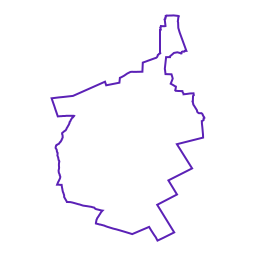 Corod, Galati, Romania
{"feature_id": "2599482B26209391371274", "entity_name": "Corod", "entity_type": "district", "adm_level": 2, "iso_a3": "ROU", "parent_name": "Romania", "parent_adm1": "Galati", "projection": "equal_earth", "projection_center": [27.618, 45.942], "detail": "fine", "context": "isolated", "style": "outline", "palette": "violet", "viewbox_px": 256, "rotation_deg": 0, "n_neighbors": 0, "source": "geoboundaries", "source_scale": "gbopen_adm2", "svg_char_len": 5360}
<svg xmlns="http://www.w3.org/2000/svg" viewBox="0 0 256 256"><path d="M203.1,137.6L203.0,134.7L202.4,127.9L201.9,123.3L201.9,122.4L201.8,121.1L202.4,120.9L202.6,120.8L202.8,120.5L203.4,120.2L203.6,120.0L203.7,119.9L203.7,119.5L203.6,118.3L203.8,118.2L204.1,118.1L204.4,117.9L204.3,117.5L204.0,117.0L203.1,115.7L202.8,115.1L202.8,114.8L202.3,113.9L201.5,113.2L199.7,113.2L198.9,113.2L198.0,112.6L197.6,112.3L197.3,111.9L197.1,111.3L196.9,110.2L193.7,105.1L193.3,104.6L193.2,104.0L193.2,103.5L193.0,103.1L192.9,102.3L192.7,102.0L192.5,101.4L192.9,101.2L192.9,99.0L193.0,97.1L193.0,96.1L193.3,95.6L193.8,95.2L193.7,94.4L193.5,93.3L192.5,93.4L191.1,93.4L189.8,93.5L187.1,93.9L183.6,94.3L183.6,93.7L183.4,93.3L182.8,92.6L182.5,91.8L182.4,91.1L178.6,91.0L176.9,90.9L176.4,90.8L175.7,90.8L175.2,90.3L175.7,88.3L175.9,87.0L175.9,86.6L175.2,86.3L172.7,84.8L170.7,83.7L172.2,80.0L172.5,79.2L172.7,78.5L172.6,78.3L172.5,77.7L171.5,74.3L165.5,74.1L165.0,69.6L164.8,69.0L166.1,57.1L169.9,57.1L169.8,56.5L172.4,54.3L173.3,53.5L173.7,53.1L174.1,52.9L177.3,52.3L179.7,52.9L181.0,53.4L181.1,53.5L181.4,53.4L181.3,53.1L181.5,52.6L181.6,52.2L181.8,51.9L182.0,51.8L182.8,51.5L183.2,51.6L183.8,51.7L184.1,51.7L184.6,51.4L184.7,50.9L185.4,50.9L186.4,50.9L179.7,32.6L178.3,27.9L178.1,22.3L177.8,21.5L178.1,19.5L178.3,17.6L178.8,16.2L178.1,15.9L173.5,15.4L171.7,15.5L167.9,15.6L166.6,15.5L165.9,15.8L166.0,16.0L166.1,16.6L165.9,16.8L165.3,17.3L165.3,17.6L165.5,18.0L165.4,18.6L165.3,18.9L165.0,19.0L165.0,19.4L164.9,19.8L164.7,19.8L164.8,20.1L165.5,26.0L164.9,26.2L162.7,26.2L160.9,26.0L160.7,26.9L160.7,27.4L160.3,27.6L160.6,28.7L160.8,29.6L160.0,29.8L160.0,53.0L160.3,53.2L160.3,53.3L160.1,53.4L159.7,53.6L159.0,53.9L158.6,54.5L158.0,54.8L157.8,55.0L157.7,55.3L157.7,55.7L157.3,56.6L157.0,57.1L156.2,57.8L154.4,58.4L142.8,62.6L142.4,71.7L134.6,71.9L131.9,71.8L130.8,71.9L130.3,72.0L127.3,73.5L124.1,75.7L122.1,76.8L120.5,77.6L119.9,77.8L119.4,82.7L106.2,85.3L105.0,81.7L73.0,95.9L63.1,97.0L58.9,97.4L51.6,98.3L53.8,104.6L54.1,105.4L55.5,109.7L56.0,111.1L57.8,116.4L60.5,116.2L61.2,116.2L63.0,116.0L65.0,116.0L65.6,115.9L66.4,115.8L66.7,115.8L68.6,115.8L70.9,115.8L72.1,115.8L72.7,115.8L73.7,115.8L73.9,115.8L74.1,115.9L73.3,116.9L73.1,117.1L72.8,117.5L72.5,117.6L72.2,117.8L72.0,118.1L71.3,119.2L70.8,120.1L70.5,120.7L70.4,121.1L70.3,121.3L70.1,121.5L69.9,121.7L69.8,121.9L69.7,122.0L69.5,122.3L69.6,122.7L69.6,122.9L69.1,124.0L68.9,124.4L68.9,124.5L68.8,124.8L68.6,125.1L68.4,125.3L67.8,126.4L67.7,126.6L67.5,127.0L67.4,127.1L67.2,127.5L66.9,127.9L66.7,128.2L66.5,128.7L66.4,129.1L66.3,129.3L66.2,129.5L65.8,130.0L65.6,130.4L65.3,130.6L65.0,130.7L64.8,130.9L64.6,131.0L63.8,131.6L63.7,131.7L63.6,131.8L62.7,132.6L62.3,132.8L62.2,133.0L62.1,133.4L62.1,133.7L62.2,134.1L62.2,134.4L62.4,134.7L62.5,135.0L62.6,135.4L62.6,135.7L62.6,135.8L62.6,136.0L62.6,136.4L62.7,136.7L62.7,136.9L62.7,137.0L62.7,137.4L62.6,137.7L62.5,137.9L62.4,138.0L62.3,138.3L62.2,138.6L62.2,138.8L61.9,139.1L61.8,139.3L61.7,139.5L61.6,139.9L61.6,140.1L61.2,140.7L61.1,141.0L60.8,141.3L60.6,141.7L60.5,141.9L60.4,142.0L60.2,142.2L59.8,142.3L59.7,142.5L59.3,143.3L59.0,143.6L58.9,143.8L58.6,143.9L58.4,144.0L58.0,144.2L57.5,144.5L57.3,144.6L57.1,144.7L57.0,144.9L56.9,144.9L56.7,144.9L56.3,145.2L56.1,145.5L56.0,146.1L55.7,146.9L55.7,147.1L55.6,147.9L55.7,148.0L55.8,148.3L56.0,148.6L56.3,149.1L56.6,149.5L56.8,150.2L56.8,150.4L56.8,151.0L57.0,151.7L57.2,152.1L57.2,152.3L57.4,152.5L57.4,152.8L57.6,153.0L57.6,153.4L57.6,153.5L57.6,153.8L57.6,154.0L57.5,154.7L57.4,155.4L57.4,155.5L57.5,155.7L57.7,156.2L58.0,157.1L58.2,157.5L58.3,158.3L58.3,158.5L58.4,158.9L58.5,159.4L58.8,160.6L59.1,160.7L59.3,161.4L59.3,161.6L59.3,161.8L59.2,162.0L59.1,162.3L59.1,162.5L59.1,162.8L59.0,163.0L58.9,165.0L59.0,166.5L59.1,167.6L59.0,168.6L58.9,169.2L58.7,170.0L58.6,170.6L58.6,170.8L58.7,171.4L58.7,171.8L58.8,172.5L59.0,173.1L59.4,173.9L59.6,174.6L59.8,175.0L59.7,175.2L59.8,175.5L60.0,176.0L60.2,176.3L60.3,176.9L60.2,177.5L60.1,178.0L59.7,179.0L58.8,180.8L58.7,181.2L58.6,181.4L58.5,181.5L58.4,181.7L58.2,181.9L57.1,184.7L57.3,184.7L58.2,184.7L58.9,184.7L60.5,184.9L61.6,184.9L61.6,185.2L61.7,185.5L61.8,185.9L61.9,187.0L62.3,188.8L62.4,189.5L62.7,191.1L62.8,191.5L63.1,192.4L63.2,192.6L63.3,192.7L63.4,193.0L63.6,193.7L63.8,194.3L64.1,195.1L64.1,195.5L64.2,196.0L64.1,196.9L64.3,197.3L65.4,199.2L66.5,201.1L66.9,202.0L67.5,202.0L70.4,202.1L72.3,202.5L74.5,203.1L75.9,203.5L77.3,203.9L78.4,204.2L79.1,204.4L79.5,204.4L80.0,204.6L80.6,204.8L82.7,205.5L83.7,205.7L87.3,206.2L89.7,206.6L91.1,206.8L92.8,207.3L93.8,207.5L94.2,207.6L94.4,207.7L94.5,207.8L94.6,208.1L94.8,208.4L95.0,208.5L95.4,208.8L96.0,209.1L98.9,209.8L100.8,210.3L101.3,210.4L101.7,210.5L102.5,210.6L102.3,210.8L101.7,211.5L101.3,211.9L100.8,212.6L100.6,213.0L100.0,214.0L99.6,214.6L99.2,215.1L99.0,215.5L98.8,215.9L98.6,216.1L98.5,216.3L97.9,217.2L97.6,217.6L97.3,218.0L97.1,218.6L96.8,219.2L96.5,219.8L96.4,220.5L96.2,221.4L95.9,223.0L95.9,223.5L98.3,224.1L99.6,224.5L100.1,224.5L102.0,225.0L104.6,225.7L105.1,226.0L107.6,226.9L109.3,227.4L113.2,228.6L116.5,229.4L120.0,230.4L124.4,231.7L131.3,233.8L132.2,234.1L149.1,226.9L151.0,230.1L154.3,235.2L155.6,237.0L156.0,237.7L156.8,239.3L157.5,240.6L163.4,237.8L169.8,234.6L174.2,232.4L157.2,204.8L177.0,194.5L168.4,180.4L192.1,168.4L176.9,144.2L203.1,137.6Z" fill="none" stroke="#5b21b6" stroke-width="2"/></svg>